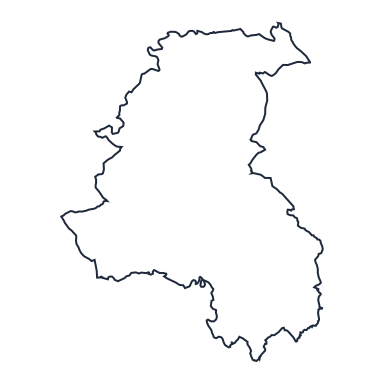 Godeanu, Mehedinti, Romania (Albers equal-area conic projection)
{"feature_id": "2599482B82474731050833", "entity_name": "Godeanu", "entity_type": "district", "adm_level": 2, "iso_a3": "ROU", "parent_name": "Romania", "parent_adm1": "Mehedinti", "projection": "albers", "projection_center": [22.605, 44.8], "detail": "fine", "context": "isolated", "style": "outline", "palette": "slate", "viewbox_px": 384, "rotation_deg": 0, "n_neighbors": 0, "source": "geoboundaries", "source_scale": "gbopen_adm2", "svg_char_len": 5950}
<svg xmlns="http://www.w3.org/2000/svg" viewBox="0 0 384 384"><path d="M280.9,23.6L278.0,23.0L278.5,23.9L278.4,24.7L277.6,27.1L276.2,27.7L273.8,26.6L273.0,26.7L270.8,30.8L270.8,32.4L271.7,34.8L274.5,38.4L274.4,40.1L273.9,40.9L267.6,39.3L264.7,38.1L259.1,34.1L256.3,34.9L250.5,35.5L248.7,36.3L247.2,36.3L244.9,34.7L243.7,33.2L243.2,31.9L240.4,29.0L233.7,30.5L232.3,30.1L231.6,30.9L217.7,32.2L215.2,33.0L213.8,32.0L213.0,32.3L212.7,33.0L210.4,33.0L208.2,34.1L206.2,34.3L203.9,33.5L201.7,32.0L197.4,30.9L197.2,33.4L196.0,34.1L194.0,31.6L192.4,30.8L189.7,31.0L188.7,31.4L186.2,34.5L182.3,36.6L181.1,36.6L179.6,35.4L179.0,34.0L176.6,32.4L175.2,31.9L170.9,31.7L167.9,32.7L167.5,33.6L168.8,35.1L168.3,36.1L164.9,38.2L159.9,39.5L158.6,40.8L158.4,42.0L158.7,43.3L162.3,47.6L161.8,49.0L157.6,49.5L154.1,50.5L152.8,50.0L150.4,47.3L148.5,47.7L147.9,49.1L147.9,50.6L149.9,54.7L151.4,55.5L156.2,56.5L157.2,57.3L158.4,60.1L157.6,64.2L159.4,69.1L159.5,69.9L159.2,70.5L158.2,70.9L152.9,69.1L150.8,68.9L144.4,73.6L142.4,73.9L141.7,74.6L140.0,82.4L139.5,83.5L133.4,89.3L131.6,92.2L129.0,91.6L126.3,94.8L125.3,97.7L127.1,102.4L126.9,103.6L123.7,105.3L121.7,105.3L120.2,106.0L119.9,107.7L120.0,110.1L119.2,113.2L119.4,115.1L116.8,117.5L117.1,118.0L119.9,118.4L123.5,122.4L123.6,123.1L123.2,126.1L119.6,128.3L118.8,131.3L117.9,132.8L112.8,133.9L111.8,132.3L112.0,127.5L109.1,125.6L104.1,128.5L100.5,129.7L99.6,131.3L94.8,131.5L95.9,132.6L96.3,134.4L98.0,136.5L100.6,136.9L102.2,137.8L105.4,136.3L106.3,136.6L109.1,140.6L113.4,144.4L116.9,146.6L121.6,147.0L120.3,148.6L119.9,150.7L114.3,155.2L112.2,157.4L108.0,159.6L103.6,163.3L103.9,169.6L102.9,173.3L102.0,174.1L98.6,174.4L95.2,176.7L96.1,179.7L96.1,183.0L95.6,185.1L95.7,187.6L99.2,191.8L103.1,197.7L106.1,199.8L107.2,201.0L106.0,200.8L103.6,201.5L103.2,203.1L102.4,204.1L100.7,204.9L99.3,206.3L97.5,206.5L95.7,208.1L94.2,208.7L89.0,209.6L86.2,210.7L82.5,211.5L78.7,211.5L77.0,212.2L74.9,212.3L72.5,211.3L70.6,211.1L65.4,213.7L63.3,215.6L61.3,216.5L64.4,221.6L64.6,222.5L69.1,228.7L71.3,230.2L76.0,235.4L76.3,236.4L76.0,240.7L76.5,244.0L78.6,247.5L79.7,250.5L81.4,253.4L84.3,256.4L89.0,258.9L91.6,261.1L94.6,259.9L96.7,270.7L97.1,277.6L99.6,277.5L101.2,276.6L102.3,277.2L102.0,277.7L107.9,279.3L108.3,277.5L109.3,276.7L111.9,276.5L113.6,278.0L114.8,279.9L118.0,281.2L124.6,278.1L126.2,276.4L129.4,275.5L131.3,272.9L135.9,272.4L138.9,273.5L141.2,272.6L146.1,273.1L148.7,272.3L149.0,272.6L148.3,273.5L148.4,273.8L150.9,274.6L152.9,273.7L152.8,271.7L153.8,270.2L154.2,270.1L159.8,273.1L162.8,272.9L166.2,273.7L166.4,274.3L165.6,275.5L164.1,276.4L166.9,278.3L176.1,282.7L179.5,284.9L183.3,285.3L185.0,288.1L189.6,286.3L192.0,281.2L193.5,280.1L195.3,280.6L195.8,281.6L195.8,284.0L196.6,283.9L198.2,282.6L199.4,279.9L199.4,277.7L200.2,276.9L202.0,278.3L202.8,279.9L201.6,280.3L201.1,281.6L200.4,285.3L201.1,286.7L203.0,286.9L204.1,286.4L204.7,285.5L205.0,284.3L204.0,281.2L204.2,280.4L208.2,282.2L210.4,284.5L211.7,287.2L213.3,289.0L212.8,290.7L211.3,293.1L212.8,296.5L213.4,299.9L211.5,300.8L210.8,306.1L212.8,308.7L216.1,310.1L215.9,312.6L216.9,316.1L216.6,318.2L215.9,319.7L213.8,321.4L210.8,321.3L208.0,319.6L206.8,320.3L206.7,321.5L208.1,325.3L211.4,330.2L212.2,333.4L213.1,334.8L213.7,336.9L214.4,337.6L216.1,338.2L219.0,336.7L221.3,337.3L222.6,338.9L223.7,342.4L225.0,345.0L228.8,347.4L230.2,346.9L230.2,345.4L231.8,344.2L231.7,342.5L232.3,342.6L232.9,343.8L235.3,342.5L235.8,341.4L237.9,339.5L239.4,336.8L243.0,338.5L247.6,342.0L247.4,343.6L247.7,344.7L249.7,347.6L251.1,350.9L250.2,353.3L251.4,356.8L252.7,359.7L254.1,360.5L254.6,360.2L256.3,361.0L258.7,359.1L259.2,357.8L259.6,358.8L259.9,357.4L261.3,354.7L265.1,350.6L265.2,349.1L263.7,346.7L265.0,343.9L266.3,343.9L266.5,342.0L265.3,340.2L267.2,338.8L267.6,337.9L270.2,336.6L271.5,335.1L274.5,335.1L278.5,332.2L282.2,328.1L283.9,327.8L284.7,330.2L286.5,330.3L288.0,331.3L293.5,337.5L295.7,341.4L296.1,341.6L297.2,340.9L297.2,339.7L297.7,338.5L299.3,337.9L299.6,337.5L299.3,336.5L300.6,335.5L299.9,334.8L300.6,334.0L300.4,332.4L302.3,332.6L302.9,332.2L303.5,330.6L304.6,329.8L306.6,330.0L308.2,328.0L309.4,327.9L309.8,327.0L311.2,326.1L312.0,327.0L312.8,325.5L315.9,325.8L316.1,325.0L317.7,323.3L318.2,321.8L318.0,321.2L318.7,320.7L319.0,319.6L319.0,318.1L318.7,317.3L318.1,313.0L318.2,311.6L318.6,310.5L318.4,309.6L319.5,308.8L322.0,308.6L322.1,308.1L319.5,307.0L319.3,304.9L318.4,301.1L318.3,299.0L318.9,296.6L320.7,294.4L320.7,293.9L320.1,293.0L319.2,292.6L317.3,290.0L317.2,289.7L318.3,289.7L318.3,289.0L314.2,287.3L315.6,285.9L318.6,284.7L320.7,283.1L320.7,281.7L318.8,277.6L317.8,273.1L317.8,269.0L316.9,265.1L315.6,262.4L315.1,260.3L315.3,259.4L318.1,256.3L318.7,253.9L321.2,253.2L322.6,249.7L322.7,248.6L322.2,246.3L320.7,242.8L320.6,241.3L319.4,239.7L317.3,239.4L317.1,238.5L314.1,236.5L313.5,235.3L311.8,235.3L309.2,232.2L305.5,230.2L304.8,228.7L300.9,227.8L297.9,225.7L298.3,221.8L297.4,220.9L297.3,219.1L296.6,217.9L294.8,217.4L293.4,215.5L289.7,215.1L287.6,214.0L287.3,211.6L287.8,209.7L289.7,209.8L291.0,210.6L291.6,209.6L293.9,209.2L293.3,206.2L282.2,193.8L280.0,192.5L277.1,189.4L272.4,186.1L270.6,178.0L264.9,177.9L261.0,174.8L253.5,173.1L251.9,173.3L252.3,173.0L251.2,171.1L251.7,171.0L251.1,168.4L248.8,164.8L250.4,163.4L252.5,159.7L256.5,154.6L258.6,152.8L260.8,152.2L265.1,149.7L263.3,147.0L260.2,146.2L256.5,142.2L251.5,141.0L250.5,139.7L251.3,138.9L251.2,138.3L252.8,134.8L256.3,133.4L258.6,129.7L259.9,125.4L263.3,120.2L265.2,113.8L265.3,107.7L267.2,100.6L267.0,93.8L266.4,91.7L261.3,82.0L261.1,81.2L255.8,74.5L255.9,72.7L259.3,73.7L259.6,72.7L263.0,73.4L265.0,72.0L269.5,75.1L271.6,75.9L272.5,75.7L275.9,73.1L278.3,69.5L283.0,64.9L287.9,65.0L297.5,61.9L301.7,62.1L305.0,63.4L306.2,62.8L310.0,62.5L310.0,62.1L306.2,56.2L300.9,51.2L296.8,48.0L295.1,46.0L292.8,42.7L292.7,41.8L291.8,41.0L291.2,39.4L291.0,37.2L290.2,35.8L290.2,33.8L289.8,33.0L288.2,31.7L282.4,28.6L281.5,27.6L280.9,23.6Z" fill="none" stroke="#1e293b" stroke-width="2"/></svg>